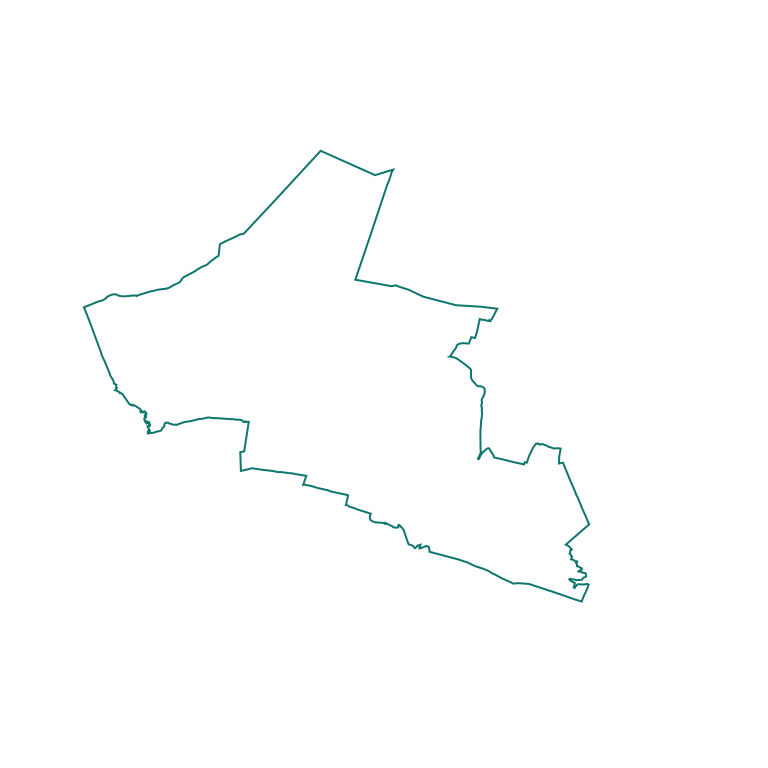 outline of Bargauani, Neamt, Romania, rotated 126°
{"feature_id": "2599482B339560246118", "entity_name": "Bargauani", "entity_type": "district", "adm_level": 2, "iso_a3": "ROU", "parent_name": "Romania", "parent_adm1": "Neamt", "projection": "natural_earth1", "projection_center": [26.654, 46.99], "detail": "fine", "context": "isolated", "style": "outline", "palette": "teal", "viewbox_px": 768, "rotation_deg": 126, "n_neighbors": 0, "source": "geoboundaries", "source_scale": "gbopen_adm2", "svg_char_len": 6139}
<svg xmlns="http://www.w3.org/2000/svg" viewBox="0 0 768 768"><g transform="rotate(126 384 384)"><path d="M344.9,585.8L347.9,588.6L350.6,589.8L360.9,595.7L367.2,598.9L370.6,597.2L376.1,593.8L377.7,593.2L381.2,594.8L382.2,594.8L385.4,596.0L391.7,597.4L395.9,600.0L401.1,602.4L402.3,602.6L405.9,604.2L414.4,608.4L416.2,609.1L420.8,609.0L422.9,609.6L427.7,612.4L432.4,614.4L433.3,615.0L436.2,617.4L437.4,619.1L438.6,620.1L441.1,622.9L443.3,624.4L445.7,626.8L453.3,632.6L457.6,635.6L458.1,635.7L458.0,636.1L458.1,636.7L459.7,638.4L460.5,640.0L462.2,641.4L466.8,647.0L468.6,650.9L468.7,652.7L470.0,655.0L470.9,656.0L472.6,657.3L475.6,659.0L478.8,659.6L480.9,660.4L483.1,661.8L484.2,663.0L498.3,671.8L505.1,661.0L525.6,630.3L526.1,630.1L530.1,622.9L536.6,612.2L537.8,611.1L540.1,605.4L541.6,603.4L542.4,602.8L541.9,600.0L543.1,599.6L544.0,599.0L544.2,597.7L547.1,597.9L546.5,596.4L546.3,594.8L546.4,594.1L546.0,593.1L546.6,592.1L546.1,591.6L545.8,589.5L547.4,585.7L547.7,584.5L549.9,578.3L549.9,577.6L549.7,577.0L549.8,576.5L549.7,576.1L549.5,575.8L548.9,575.9L548.8,575.7L549.1,574.6L548.9,574.4L548.4,574.5L547.8,572.2L547.6,566.9L548.0,566.2L548.1,565.0L548.7,564.7L549.5,564.9L549.8,564.5L548.4,564.1L548.4,563.6L548.8,563.6L549.1,563.1L549.0,562.5L548.7,562.3L547.0,561.9L546.7,560.9L547.2,559.7L547.6,560.0L547.9,559.8L547.9,559.2L547.4,559.4L547.4,559.1L548.3,558.3L548.8,558.3L549.1,558.9L549.5,559.0L550.2,559.0L550.8,557.9L550.3,557.5L550.3,557.2L550.5,557.0L550.9,557.0L551.9,557.9L553.5,557.1L553.6,556.9L552.9,556.2L553.6,556.4L554.1,556.1L554.2,555.7L554.6,555.8L554.8,555.2L554.0,555.1L553.9,554.6L555.0,554.4L555.3,553.6L554.5,553.9L553.8,553.6L553.7,553.4L553.7,553.0L554.6,553.1L554.8,552.5L554.6,552.3L553.8,552.4L553.0,551.7L554.1,551.0L553.9,550.3L554.0,550.2L555.0,549.9L554.5,549.4L554.5,549.2L555.2,548.9L555.5,548.9L555.8,549.4L556.4,549.2L556.6,549.6L556.3,549.8L556.3,550.1L557.1,550.5L557.8,549.9L557.7,549.5L558.7,547.5L559.3,547.0L559.6,547.3L560.1,547.2L559.4,545.9L559.6,545.8L560.6,545.6L561.4,545.9L561.9,546.6L562.8,546.0L558.4,541.3L556.2,540.1L554.8,538.5L552.6,536.9L549.9,537.4L547.5,536.8L545.8,537.9L544.6,538.1L543.2,537.6L543.1,536.8L542.3,536.2L542.1,535.6L542.2,534.5L542.0,533.7L541.4,532.8L540.8,530.5L539.4,528.8L538.7,527.3L536.7,526.5L535.2,525.1L534.1,524.5L531.9,522.9L527.5,518.4L521.4,513.4L519.2,510.8L514.7,506.9L513.6,505.3L512.8,503.6L510.8,500.3L510.3,499.8L502.2,486.8L500.4,484.3L500.3,483.4L498.6,481.1L497.0,478.4L497.0,476.2L497.4,475.7L497.2,475.2L496.8,474.7L495.8,474.3L496.0,473.9L495.7,473.8L495.6,473.1L494.6,471.9L494.6,471.4L494.2,471.1L520.7,457.5L523.6,460.2L538.4,448.7L535.4,446.0L529.7,441.2L524.8,431.8L519.4,422.2L517.4,417.6L515.8,415.6L513.1,410.6L512.6,409.4L512.0,408.6L510.2,405.7L508.9,402.7L504.0,392.9L513.1,390.0L512.3,389.3L509.9,384.2L509.6,383.8L507.1,376.5L503.0,367.0L502.0,363.4L495.2,348.0L495.2,347.7L495.8,347.3L503.7,343.9L504.4,343.7L504.0,343.2L503.6,342.0L503.6,340.6L503.5,339.6L502.0,335.6L501.3,332.4L498.2,323.0L497.6,321.4L496.7,318.5L499.9,317.4L500.7,316.7L501.8,315.0L502.1,313.7L501.1,309.6L499.4,307.2L499.3,306.7L498.4,305.8L497.0,303.0L496.2,302.2L496.6,301.7L496.5,300.4L496.1,300.2L495.4,300.6L495.2,299.4L495.3,299.0L494.9,297.8L494.8,296.5L494.2,293.1L494.5,292.4L493.9,291.1L493.5,290.7L493.1,289.7L491.8,288.3L491.5,288.3L490.6,288.9L489.8,288.7L489.5,289.3L489.2,289.1L489.1,288.4L489.4,287.9L489.4,287.0L489.6,286.7L489.6,285.9L489.9,284.3L490.8,281.7L492.5,279.7L499.3,269.8L498.5,268.0L497.9,265.5L498.5,263.5L498.5,262.3L494.7,261.7L494.1,261.0L492.6,260.0L492.8,259.9L493.5,260.0L494.1,259.6L494.6,259.6L494.9,259.0L496.1,258.8L495.7,258.1L490.3,254.6L489.4,252.2L491.4,249.9L491.6,249.4L493.0,248.6L482.2,220.6L479.2,211.1L477.9,203.7L474.9,194.2L473.9,190.0L473.7,188.8L473.8,187.0L472.9,181.9L471.9,174.2L469.8,164.5L469.6,162.5L469.2,161.7L466.1,158.2L460.5,149.1L449.9,115.7L446.8,105.1L443.8,96.2L437.4,97.9L430.7,99.1L426.0,100.6L426.1,101.5L426.9,102.8L428.7,104.3L431.8,109.2L432.8,109.8L434.5,109.8L435.5,110.1L436.9,109.8L437.1,110.9L433.6,112.3L432.7,112.7L432.6,113.0L433.2,114.6L433.5,118.0L433.0,119.4L432.6,119.3L432.0,118.5L431.7,117.4L430.1,114.8L429.5,112.8L426.2,108.9L423.3,108.7L421.6,107.5L420.7,107.4L418.6,109.7L420.1,112.7L419.8,113.2L419.8,113.8L421.5,116.6L421.3,116.7L418.1,115.2L417.2,115.1L416.9,115.4L416.8,115.7L417.3,117.6L417.4,119.5L417.9,120.8L416.7,121.7L416.1,123.2L415.8,123.3L414.6,123.1L414.0,123.5L415.1,125.3L414.9,127.3L415.9,129.6L413.3,130.2L413.1,130.5L413.1,131.6L412.2,132.7L412.2,134.1L410.6,134.4L409.2,135.6L408.6,135.5L408.3,135.1L407.5,134.8L406.7,138.0L406.7,140.5L407.1,142.5L377.0,135.5L371.6,144.5L368.7,149.7L361.6,161.1L361.4,161.8L360.4,163.7L358.9,165.9L352.4,176.9L342.6,192.7L342.5,192.9L345.4,195.7L339.8,199.6L332.4,203.1L333.4,205.0L336.5,209.0L337.2,211.9L338.2,214.2L338.2,216.1L338.8,217.9L339.3,220.2L341.7,222.7L341.2,223.4L341.3,223.8L341.9,224.7L343.1,225.6L343.0,225.9L347.7,226.0L349.6,225.7L357.4,224.2L363.7,222.2L364.6,224.2L366.8,223.5L371.9,235.3L375.6,244.6L378.7,251.7L378.1,252.9L377.5,253.2L374.3,261.3L375.2,262.3L376.0,262.7L381.4,263.9L384.9,264.0L388.8,263.1L389.3,263.4L389.4,263.9L389.2,264.1L383.1,265.2L382.3,265.5L380.2,267.4L366.2,277.8L355.6,284.4L354.8,284.6L351.8,286.3L349.2,288.2L347.3,289.9L346.6,290.0L345.7,290.6L345.5,291.3L343.9,292.9L341.8,293.5L340.6,294.5L339.9,295.4L339.1,295.8L334.3,296.5L332.6,297.1L329.7,298.8L328.6,300.1L328.3,302.5L329.0,304.4L330.1,305.9L330.6,307.1L330.7,307.7L329.6,312.7L329.7,312.8L328.7,315.8L327.4,317.6L321.8,321.6L321.4,322.0L320.9,323.5L320.5,331.2L320.6,340.1L321.3,343.0L323.2,347.0L322.6,346.7L315.9,347.1L313.5,346.9L309.1,347.7L306.7,346.3L304.6,344.2L301.4,339.1L294.8,340.9L293.3,337.4L286.5,339.7L275.2,344.7L275.0,343.8L273.0,340.1L271.5,336.2L270.5,336.4L270.5,334.9L265.1,335.3L256.5,336.6L264.1,350.3L277.9,372.0L290.3,403.7L293.3,419.7L295.9,427.3L297.2,432.3L298.0,433.3L300.3,435.1L316.5,468.5L272.6,482.1L221.8,498.2L214.8,500.0L207.9,502.3L205.2,502.6L220.3,514.0L232.6,572.3L300.2,580.2L344.9,585.8Z" fill="none" stroke="#0f766e" stroke-width="2"/></g></svg>